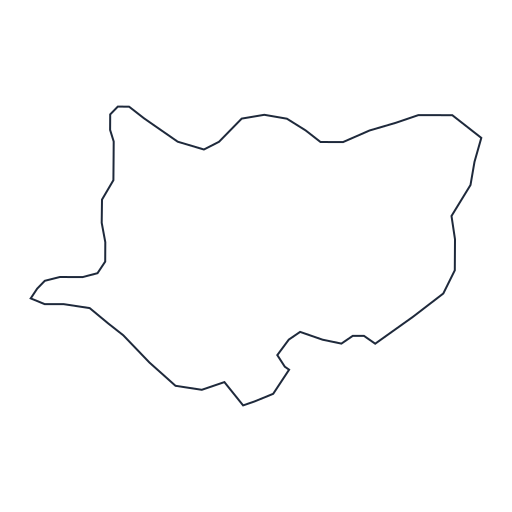 Pongsan, Hwanghae-bukto, North Korea
{"feature_id": "82179303B35443402904983", "entity_name": "Pongsan", "entity_type": "district", "adm_level": 2, "iso_a3": "PRK", "parent_name": "North Korea", "parent_adm1": "Hwanghae-bukto", "projection": "natural_earth1", "projection_center": [125.882, 38.516], "detail": "fine", "context": "isolated", "style": "outline", "palette": "slate", "viewbox_px": 512, "rotation_deg": 0, "n_neighbors": 0, "source": "geoboundaries", "source_scale": "gbopen_adm2", "svg_char_len": 886}
<svg xmlns="http://www.w3.org/2000/svg" viewBox="0 0 512 512"><path d="M110.2,114.4L110.1,129.9L113.7,141.5L113.6,157.0L113.4,180.2L102.0,199.6L101.7,222.8L105.3,242.2L105.2,261.6L97.5,273.2L82.5,277.1L59.9,277.0L44.8,280.8L37.2,288.6L30.7,298.4L44.6,304.1L63.4,304.1L89.7,308.1L108.4,323.6L123.3,335.3L149.4,362.5L175.5,385.8L201.8,389.8L224.4,382.1L243.1,405.4L254.4,401.5L273.2,393.8L289.1,369.7L284.8,366.7L277.3,355.1L288.8,339.6L300.1,331.9L322.6,339.7L341.4,343.6L352.7,335.9L364.0,335.9L375.2,343.7L413.1,316.7L443.3,293.5L454.8,270.3L455.0,239.3L451.5,216.0L470.5,185.0L474.5,161.8L481.3,137.9L452.3,115.2L418.4,115.1L395.8,122.8L369.5,130.5L343.0,142.1L320.5,142.0L305.6,130.4L286.9,118.7L264.3,114.8L241.7,118.6L219.0,141.8L203.9,149.5L177.7,141.7L155.2,126.1L144.0,118.3L129.1,106.7L120.4,106.6L117.8,106.6L110.2,114.4Z" fill="none" stroke="#1e293b" stroke-width="2"/></svg>